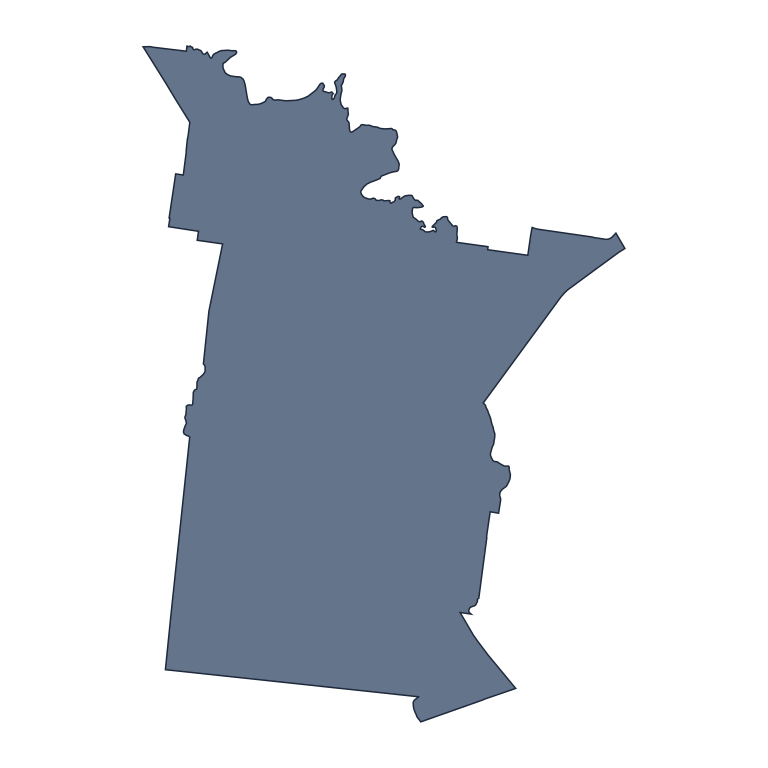 Brimbank, Victoria, Australia (Albers equal-area conic projection)
{"feature_id": "25037944B23246777843178", "entity_name": "Brimbank", "entity_type": "district", "adm_level": 2, "iso_a3": "AUS", "parent_name": "Australia", "parent_adm1": "Victoria", "projection": "albers", "projection_center": [144.807, -37.743], "detail": "fine", "context": "isolated", "style": "filled", "palette": "slate", "viewbox_px": 768, "rotation_deg": 0, "n_neighbors": 0, "source": "geoboundaries", "source_scale": "gbopen_adm2", "svg_char_len": 6008}
<svg xmlns="http://www.w3.org/2000/svg" viewBox="0 0 768 768"><path d="M624.9,248.5L615.9,233.1L612.2,237.0L610.6,238.2L608.7,239.0L606.3,239.4L594.2,237.6L592.1,237.0L538.0,229.2L534.3,228.3L532.2,227.4L531.9,228.4L530.6,235.8L527.8,255.3L487.7,249.7L488.0,246.7L456.5,242.3L456.7,240.9L457.2,239.9L457.2,238.8L457.4,238.5L457.3,236.8L456.8,235.1L457.3,228.5L457.2,227.6L456.8,226.3L456.5,226.0L455.6,225.7L454.0,226.3L453.0,226.1L448.2,220.4L447.7,219.4L447.7,218.4L447.3,217.3L446.9,216.8L446.3,216.6L443.1,216.8L441.3,217.9L440.7,218.8L440.2,219.2L437.1,220.5L436.8,221.0L436.7,221.8L436.2,222.5L432.3,226.4L432.2,227.0L432.4,227.2L434.8,227.2L435.5,227.6L436.2,230.2L436.2,231.3L435.7,231.9L434.8,231.7L433.5,230.4L432.9,230.4L431.5,231.2L429.3,231.8L427.5,232.0L425.4,231.8L422.6,229.6L420.4,229.3L420.3,228.7L420.9,227.4L421.3,226.8L421.8,226.4L423.0,226.4L424.6,227.3L425.3,226.8L425.3,226.4L423.9,223.9L423.3,222.2L422.0,221.1L421.2,221.0L420.4,221.8L419.8,221.9L417.8,220.9L416.6,219.6L413.5,217.4L413.0,216.6L412.5,214.2L412.2,213.7L412.2,211.9L412.4,209.6L412.6,208.4L413.0,207.8L413.9,207.5L417.4,207.7L421.1,207.2L422.4,206.8L423.2,206.3L423.3,206.0L421.6,203.8L418.3,200.8L417.1,200.1L415.9,200.5L414.5,199.6L413.1,197.7L412.3,195.9L411.6,195.4L408.5,195.3L405.1,195.9L403.6,196.6L400.4,199.1L399.6,199.1L399.3,198.8L399.2,198.0L399.6,197.4L399.7,196.9L398.9,196.4L398.0,196.4L396.1,197.4L395.3,198.0L395.2,200.3L394.0,201.7L392.5,202.3L391.0,203.2L390.3,202.9L390.0,202.1L390.0,200.9L389.8,200.7L388.8,200.5L384.0,200.9L383.2,200.2L381.7,199.8L380.8,199.9L379.6,200.4L376.7,200.4L376.0,200.1L375.4,199.0L374.8,198.6L373.2,198.1L370.8,199.1L368.7,199.0L364.5,197.6L363.2,196.5L361.7,194.7L360.8,192.5L360.8,191.4L362.1,189.2L362.4,189.0L363.6,187.1L366.7,184.2L370.3,182.3L375.8,180.3L380.0,178.5L380.3,178.2L380.7,176.9L381.2,176.2L382.1,175.8L389.8,172.8L392.8,172.0L396.8,171.3L398.0,170.5L398.4,169.7L398.8,168.5L398.8,166.8L399.1,165.6L399.2,164.4L399.0,163.4L398.1,161.1L394.4,154.8L392.5,150.6L392.2,150.2L391.9,148.5L392.6,147.0L393.1,146.2L394.6,145.0L395.7,143.5L396.3,141.9L396.5,140.4L397.5,137.5L397.6,136.6L396.6,132.1L396.0,130.7L395.4,130.2L392.7,129.6L392.3,128.9L391.6,128.5L385.0,128.9L380.1,128.4L377.5,127.2L372.6,126.5L369.5,125.2L366.2,125.3L362.6,124.6L361.3,124.9L360.9,125.1L360.0,126.5L358.9,127.4L352.5,131.8L351.7,132.1L350.7,132.0L350.2,131.5L349.9,131.0L349.5,129.2L349.1,123.2L348.5,121.7L347.5,120.8L346.7,119.4L346.7,118.6L347.3,117.5L348.4,114.2L348.0,111.6L347.9,108.2L347.6,108.0L346.2,108.3L345.6,108.8L344.9,108.7L343.4,107.9L341.2,104.6L340.3,100.9L340.3,98.3L341.2,93.0L341.6,92.0L341.9,90.6L341.8,88.9L341.3,85.3L342.3,84.1L342.6,83.0L343.1,82.3L343.7,78.8L345.2,76.4L345.5,74.8L345.0,74.0L342.1,73.9L341.2,74.4L340.3,75.8L338.7,77.5L337.0,80.1L336.0,80.6L334.8,81.8L334.6,82.4L336.2,87.1L336.8,91.6L336.8,92.4L336.6,93.2L335.0,95.2L334.3,98.1L333.7,98.8L332.9,99.4L332.6,99.5L331.9,99.0L331.9,95.4L333.2,93.6L331.9,92.1L331.5,92.0L329.3,92.8L328.2,92.7L325.1,91.7L323.8,91.4L323.3,91.0L323.0,90.5L323.0,89.3L324.2,87.1L324.4,85.8L322.8,83.2L321.8,83.1L320.6,83.6L319.9,84.3L316.6,89.3L314.8,91.0L308.4,96.0L304.3,98.0L302.1,98.7L298.5,99.8L295.6,100.3L285.6,100.8L279.0,99.9L276.6,99.9L275.6,100.2L273.4,99.8L272.5,99.0L271.8,98.0L270.8,97.4L268.5,97.2L268.0,97.4L266.3,99.2L265.7,100.9L265.1,101.5L262.5,102.9L260.5,103.7L257.6,104.4L254.9,104.4L252.1,104.8L250.1,104.4L248.3,101.6L247.3,97.8L245.2,85.0L244.0,80.9L243.0,79.0L240.9,77.3L240.1,77.1L238.6,76.8L235.8,76.7L230.4,75.9L228.7,75.1L226.7,74.0L225.2,72.7L223.5,69.2L223.0,67.5L222.9,65.3L223.1,63.6L223.4,63.1L224.8,62.6L230.5,57.3L235.6,54.2L236.2,53.4L236.6,52.5L236.6,51.9L236.2,51.1L235.6,50.7L231.5,50.7L228.4,50.2L221.2,50.6L218.4,51.7L216.7,52.8L215.7,53.1L213.9,54.1L213.0,55.1L211.9,57.7L211.1,58.1L210.3,57.7L207.2,52.2L206.4,52.7L205.0,54.2L203.8,54.2L203.1,53.9L202.0,52.5L201.4,51.1L200.5,50.5L197.3,49.1L195.8,49.2L194.8,49.7L193.7,49.6L192.9,48.9L192.6,47.4L191.2,46.9L190.4,46.1L189.5,46.4L188.1,46.5L187.0,46.1L186.3,51.2L152.9,47.2L150.0,46.6L143.1,46.8L166.2,83.8L175.7,99.6L189.8,122.3L188.5,132.8L187.9,137.1L187.4,138.7L186.3,149.3L186.1,153.1L183.3,175.0L175.7,173.9L169.1,218.0L169.9,218.1L168.6,226.7L198.5,231.3L197.2,240.3L222.6,243.9L208.9,311.2L203.4,363.9L203.5,364.2L204.6,365.2L204.9,365.8L205.1,367.7L205.1,371.2L204.4,372.7L203.3,374.3L199.9,377.5L199.0,377.8L198.2,378.8L198.1,379.9L197.3,381.3L197.0,382.3L196.9,388.3L196.4,389.2L194.7,390.0L193.9,391.1L193.3,392.4L193.1,399.1L192.6,404.4L192.0,405.0L191.5,405.2L189.4,404.9L187.8,405.1L186.7,405.9L186.2,406.6L186.4,408.7L186.1,411.8L185.8,414.9L184.9,417.0L185.0,418.3L185.9,420.7L186.1,422.2L186.5,422.8L186.1,424.1L185.3,425.5L184.0,429.1L183.5,431.2L183.5,432.3L184.2,434.0L187.2,435.8L188.4,435.9L189.7,437.1L170.8,616.3L165.4,669.7L417.9,696.7L418.5,696.9L414.7,699.9L413.8,700.9L413.1,702.7L413.3,704.4L413.3,705.8L413.9,709.0L415.0,712.1L416.1,714.4L416.7,716.2L417.6,717.8L419.4,719.9L420.7,721.9L482.7,700.0L484.6,699.1L515.7,688.4L488.2,655.2L478.1,641.8L473.6,635.5L460.1,612.5L471.1,614.1L469.9,613.1L468.9,611.7L468.7,610.9L468.8,610.0L470.1,607.4L473.4,606.1L474.2,606.0L475.8,604.8L477.4,601.5L477.5,600.6L477.2,599.9L477.4,599.4L478.8,598.2L486.8,537.8L486.6,536.3L490.2,511.8L498.6,513.2L500.7,499.6L500.5,498.2L499.7,495.8L499.8,493.7L500.2,492.1L501.1,490.7L502.4,489.3L506.3,486.3L506.7,485.8L508.8,481.8L509.9,479.1L510.2,477.4L510.4,474.6L509.1,469.1L509.2,467.2L508.9,466.4L508.2,466.0L505.6,466.2L503.7,465.8L499.2,463.2L497.5,461.9L493.9,461.3L492.9,460.5L492.4,459.7L490.7,456.0L490.4,454.7L490.7,452.5L492.1,447.5L493.7,443.9L493.9,443.0L494.0,441.3L494.3,440.1L494.8,436.5L494.8,433.6L493.9,431.2L493.1,427.2L492.2,425.0L491.1,420.9L490.8,419.0L489.9,416.5L488.5,413.1L487.7,410.6L485.9,407.1L485.7,406.0L485.4,405.3L483.3,402.9L560.6,297.4L564.4,293.0L567.3,290.2L569.8,288.3L597.1,268.2L619.0,252.2L624.9,248.5Z" fill="#64748b" stroke="#1e293b" stroke-width="1.5"/></svg>